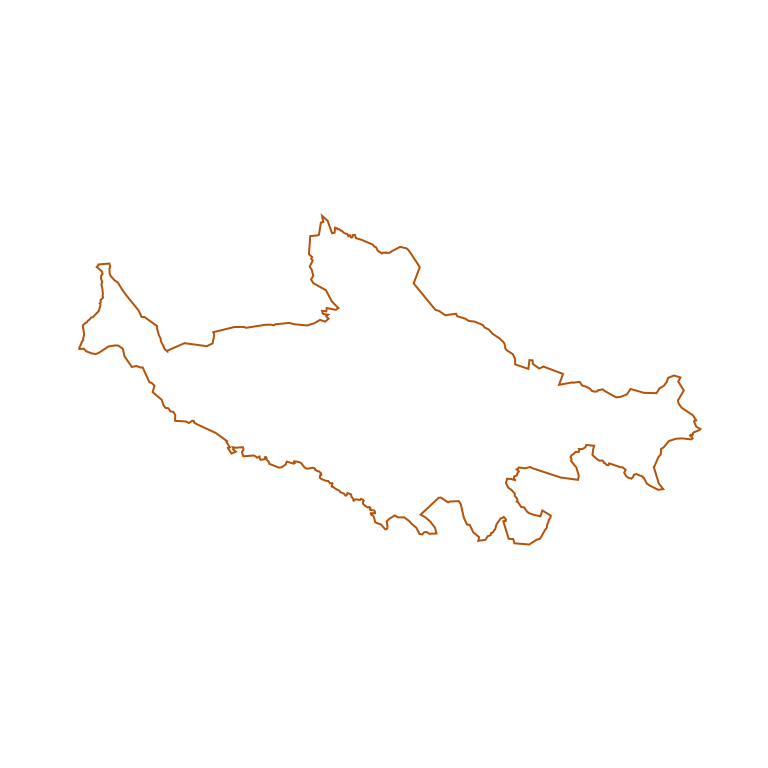 Novadnieku pag., Saldus, Latvia, rotated 202°
{"feature_id": "27541924B74609971281778", "entity_name": "Novadnieku pag.", "entity_type": "district", "adm_level": 2, "iso_a3": "LVA", "parent_name": "Latvia", "parent_adm1": "Saldus", "projection": "natural_earth1", "projection_center": [22.426, 56.607], "detail": "fine", "context": "isolated", "style": "outline", "palette": "amber", "viewbox_px": 768, "rotation_deg": 202, "n_neighbors": 0, "source": "geoboundaries", "source_scale": "gbopen_adm2", "svg_char_len": 6143}
<svg xmlns="http://www.w3.org/2000/svg" viewBox="0 0 768 768"><g transform="rotate(202 384 384)"><path d="M584.2,286.1L580.7,281.9L577.7,280.0L574.8,280.7L571.8,278.6L568.7,279.2L565.9,277.0L563.9,271.6L553.8,275.0L550.2,274.8L548.0,278.2L546.3,278.4L545.5,277.1L542.3,276.6L521.8,275.6L508.1,272.2L508.4,271.3L503.3,267.5L504.8,266.3L504.6,266.0L499.3,262.4L496.0,265.7L499.4,266.8L499.3,267.7L500.5,268.7L497.8,269.3L491.2,272.5L489.8,270.8L490.1,267.5L487.7,264.5L486.5,264.6L478.3,268.8L476.4,268.9L474.2,268.1L472.3,270.1L470.9,267.9L469.8,267.5L466.6,269.6L466.3,270.4L467.0,271.5L466.3,272.0L465.4,271.6L464.5,269.8L461.9,268.9L460.4,267.0L450.2,267.1L447.5,268.5L446.9,269.9L445.0,272.3L445.1,275.6L438.0,276.3L437.2,277.2L438.3,278.1L438.3,278.7L433.9,279.8L431.3,279.7L426.7,277.0L424.7,276.5L422.7,277.0L419.4,279.4L416.9,279.9L415.8,279.3L415.7,278.7L412.7,278.3L411.7,278.7L408.8,277.5L408.2,276.3L408.9,276.1L408.7,273.6L407.9,272.8L406.0,272.4L401.5,272.5L399.4,273.2L396.8,271.7L394.9,272.7L394.4,272.3L394.2,269.4L393.9,269.2L392.5,269.5L389.9,268.7L385.3,268.4L384.0,267.4L380.0,267.3L378.2,266.1L377.4,266.3L377.1,267.0L377.0,269.2L373.6,269.4L373.0,269.1L371.9,267.2L369.1,265.8L368.9,264.7L368.4,264.4L367.0,266.6L362.8,267.4L362.3,268.9L360.0,268.8L359.1,268.2L359.3,266.8L358.5,265.1L357.7,264.6L353.0,263.4L351.3,264.5L350.0,263.9L350.3,262.7L349.5,262.1L346.3,263.0L345.0,262.7L343.9,260.8L347.8,259.3L347.6,258.6L346.8,258.0L344.5,257.8L342.3,255.3L340.7,252.7L338.5,252.4L334.3,252.7L328.5,249.8L327.5,250.1L326.9,251.4L327.5,253.5L330.1,257.6L328.4,261.2L324.7,266.3L321.4,265.5L315.2,267.9L308.7,266.2L306.1,264.7L300.3,262.9L294.9,258.2L292.2,258.8L291.2,261.6L289.2,262.7L285.9,262.1L279.4,265.0L282.8,269.8L289.6,273.8L295.4,275.8L301.1,276.6L290.7,299.0L288.7,300.0L280.3,298.3L279.3,299.5L270.8,303.4L267.8,301.3L259.9,290.0L254.4,284.7L251.8,285.5L245.6,279.9L238.4,277.6L237.8,273.9L231.6,277.6L230.8,281.8L228.5,283.8L228.9,285.9L227.4,287.2L227.1,289.7L226.5,290.9L227.1,295.9L226.0,301.1L225.3,303.3L224.1,304.1L223.2,305.6L220.0,303.9L219.9,302.5L221.9,301.6L221.7,301.1L210.4,287.2L206.1,288.6L203.3,285.2L189.2,289.6L184.1,296.9L181.4,298.8L179.9,309.5L179.2,311.6L180.1,315.3L179.8,317.5L180.3,319.4L179.6,322.4L180.1,324.5L189.8,326.0L189.4,320.0L196.3,318.8L201.5,318.6L203.8,319.4L207.8,322.1L210.7,321.3L215.4,324.6L216.8,324.7L216.5,325.7L217.7,327.6L220.8,329.3L221.7,331.4L226.1,333.5L230.1,334.5L233.8,337.8L234.4,342.3L230.4,343.5L225.7,344.0L228.2,344.9L228.6,347.2L226.5,349.1L226.9,351.0L226.2,353.3L229.0,354.5L228.1,355.4L227.8,357.1L221.6,358.7L217.3,361.8L215.1,361.5L185.1,363.5L168.2,367.8L169.0,371.9L174.5,378.8L181.8,382.7L181.7,384.0L182.1,384.8L183.7,386.1L183.5,388.3L182.1,389.9L181.0,392.7L177.9,394.1L178.3,396.5L178.7,396.8L175.8,397.9L174.1,400.0L173.6,401.0L173.6,403.2L166.0,405.5L165.6,401.9L164.1,396.2L158.7,394.2L155.3,393.6L152.8,394.9L151.3,394.2L150.7,393.3L149.2,393.3L147.0,392.3L145.5,392.8L145.5,394.8L133.7,395.4L131.6,396.1L127.8,395.0L128.1,391.8L124.7,389.2L121.9,388.6L119.3,388.9L118.2,391.2L118.3,393.5L116.3,395.0L109.6,395.1L108.9,394.2L107.8,394.3L103.1,390.2L100.0,389.4L90.2,388.6L85.7,391.1L91.9,394.7L102.8,408.1L102.4,409.1L102.2,418.8L101.0,422.5L102.8,427.6L101.0,429.9L98.5,437.8L92.7,442.7L87.1,445.3L78.4,447.7L77.5,449.1L78.4,449.9L80.8,450.8L80.7,451.8L79.1,452.0L78.7,452.7L79.2,454.2L78.5,455.4L74.5,459.2L73.8,460.8L78.5,461.4L82.5,465.3L82.5,465.9L80.9,467.2L85.9,470.7L99.1,473.5L103.5,476.2L105.3,478.9L103.6,490.3L112.1,496.5L111.6,501.1L118.3,500.5L122.9,496.1L122.6,491.9L123.8,487.3L126.9,483.2L127.9,477.6L139.6,473.2L153.6,471.7L154.8,465.5L159.4,461.0L163.7,458.6L176.9,460.2L179.1,461.0L183.3,458.3L183.4,457.1L186.0,455.7L188.5,455.5L191.2,456.7L195.2,457.2L200.0,456.9L203.3,459.3L209.4,455.9L209.9,456.1L221.4,448.8L221.8,460.4L242.7,459.9L245.8,456.5L253.3,458.3L255.2,461.6L258.1,460.6L255.8,452.1L269.7,451.3L271.8,456.3L275.9,460.0L283.2,461.3L285.2,462.8L285.8,464.2L287.7,466.7L288.9,467.6L293.9,469.5L302.3,471.3L307.4,473.8L312.0,474.1L314.5,475.7L323.4,475.8L328.9,474.2L333.1,475.0L341.6,474.3L343.5,476.1L353.0,470.7L360.1,472.3L364.3,472.1L394.2,488.4L394.6,505.8L408.3,515.3L412.2,517.7L414.4,518.2L420.5,517.1L426.5,510.1L428.0,507.7L430.9,506.5L431.7,506.7L432.1,506.0L434.2,505.5L434.9,504.2L439.6,505.2L442.6,507.8L444.6,507.8L446.4,509.0L458.8,509.3L464.6,508.7L466.8,511.3L468.9,510.2L468.2,508.5L468.8,507.7L469.8,507.6L471.5,509.1L472.5,507.7L474.2,509.3L477.4,509.0L480.9,510.4L481.7,510.0L483.7,510.7L485.2,510.1L486.1,510.8L486.6,510.4L487.9,510.5L486.5,505.8L488.6,504.3L497.4,514.2L504.4,516.7L501.0,511.4L503.0,510.0L500.2,498.0L501.3,496.9L507.8,493.5L502.2,476.2L498.1,474.8L498.4,472.8L496.3,471.7L496.9,465.1L493.7,462.7L490.2,458.0L490.7,453.5L487.3,451.0L473.0,449.2L463.3,441.0L454.7,437.3L456.5,434.7L465.5,433.0L464.7,429.7L468.8,428.7L467.3,426.4L466.6,426.2L461.9,427.2L463.1,425.5L462.9,425.1L459.8,423.8L462.0,419.7L467.3,419.5L471.5,414.1L477.2,409.5L489.2,405.9L494.8,405.1L507.4,398.5L508.0,397.2L511.2,396.6L516.1,394.5L532.8,384.5L535.6,384.3L544.0,380.8L561.7,368.1L559.8,366.0L558.1,357.5L562.4,352.7L584.3,347.1L597.1,334.0L596.9,333.0L600.2,334.1L607.1,340.4L608.2,342.6L611.0,344.9L615.1,350.3L616.1,352.7L631.2,356.4L633.9,355.3L639.0,360.2L656.9,370.1L662.7,373.8L668.7,378.4L672.6,379.2L678.0,381.8L679.6,383.5L681.7,387.8L681.9,390.4L683.8,392.8L693.5,387.9L693.3,387.1L694.2,384.9L688.1,382.9L686.8,381.7L686.2,380.5L686.8,378.6L686.0,375.8L683.6,373.3L683.3,370.3L681.3,367.6L678.3,362.2L678.0,360.2L677.0,359.4L677.1,357.8L678.3,355.8L677.2,353.8L677.8,352.3L676.9,351.8L676.4,350.9L675.8,344.8L678.9,337.0L680.7,335.6L680.8,334.2L682.4,331.4L682.6,330.0L684.0,328.3L685.1,325.8L684.8,324.6L680.5,317.5L680.0,313.4L679.3,311.9L680.1,309.5L679.8,308.5L680.1,303.5L679.6,302.3L675.7,304.2L672.3,302.8L666.6,302.9L662.5,303.7L659.7,306.6L653.5,315.6L647.8,319.0L644.8,320.1L639.4,318.9L634.9,312.4L624.1,305.3L620.5,307.9L615.6,308.1L614.0,309.0L602.0,297.6L600.0,298.0L596.2,296.5L595.4,289.8L584.2,286.1Z" fill="none" stroke="#b45309" stroke-width="2"/></g></svg>